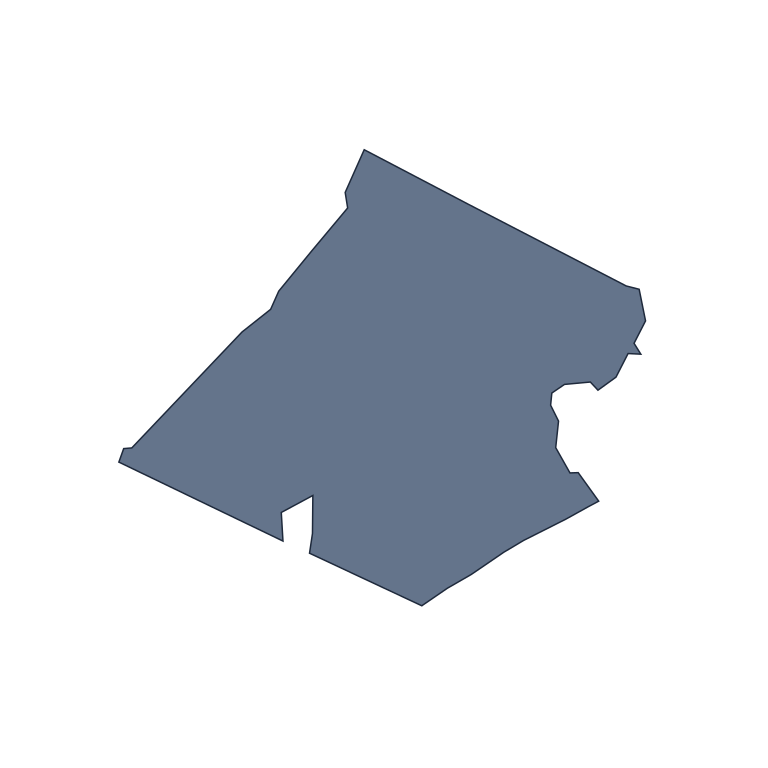 the district of Carroll, Virginia, United States of America, rotated 329°
{"feature_id": "52423323B67213994526810", "entity_name": "Carroll", "entity_type": "district", "adm_level": 2, "iso_a3": "USA", "parent_name": "United States of America", "parent_adm1": "Virginia", "projection": "natural_earth1", "projection_center": [-80.707, 36.745], "detail": "fine", "context": "isolated", "style": "filled", "palette": "slate", "viewbox_px": 768, "rotation_deg": 329, "n_neighbors": 0, "source": "geoboundaries", "source_scale": "gbopen_adm2", "svg_char_len": 699}
<svg xmlns="http://www.w3.org/2000/svg" viewBox="0 0 768 768"><g transform="rotate(329 384 384)"><path d="M233.0,490.7L302.2,593.6L302.5,593.6L303.0,593.5L333.2,591.7L360.7,592.2L400.1,589.9L423.3,590.0L460.7,592.8L470.1,593.5L496.1,594.4L507.7,595.0L504.8,560.0L497.6,556.0L498.4,527.0L514.5,505.7L515.9,488.0L523.2,478.2L538.5,477.3L561.9,488.6L564.2,499.5L586.4,497.6L608.9,483.6L619.5,490.7L619.3,477.9L640.7,464.6L651.5,434.2L642.1,424.7L548.5,272.8L487.7,173.0L449.4,199.8L443.5,214.4L390.9,232.6L341.6,250.2L325.3,261.6L289.1,266.3L134.9,308.9L127.6,305.3L116.5,314.4L216.5,466.6L229.8,441.2L265.6,442.9L245.7,475.3L233.0,490.7Z" fill="#64748b" stroke="#1e293b" stroke-width="1.5"/></g></svg>